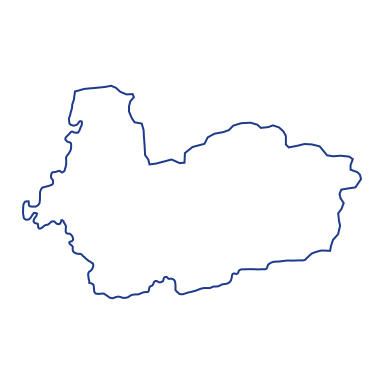 the district of Rasony, Vitebsk, Belarus
{"feature_id": "67162791B65560195088656", "entity_name": "Rasony", "entity_type": "district", "adm_level": 2, "iso_a3": "BLR", "parent_name": "Belarus", "parent_adm1": "Vitebsk", "projection": "orthographic", "projection_center": [28.698, 55.907], "detail": "fine", "context": "isolated", "style": "outline", "palette": "blue", "viewbox_px": 384, "rotation_deg": 0, "n_neighbors": 0, "source": "geoboundaries", "source_scale": "gbopen_adm2", "svg_char_len": 5099}
<svg xmlns="http://www.w3.org/2000/svg" viewBox="0 0 384 384"><path d="M330.1,250.8L331.0,245.9L333.0,239.9L338.1,234.2L340.1,225.7L339.0,221.0L338.2,213.3L341.5,208.9L343.7,203.0L340.6,198.4L339.5,194.0L341.3,189.6L347.7,188.5L355.4,187.4L361.0,179.1L359.9,174.7L357.5,172.2L350.6,169.7L350.5,165.3L352.8,159.1L349.1,156.6L340.7,155.7L333.2,156.3L327.0,155.3L323.3,150.7L319.6,146.3L311.6,144.4L304.4,144.0L297.6,145.7L288.8,147.4L285.9,144.6L285.9,136.1L283.4,131.4L279.0,127.4L273.0,125.4L268.2,127.1L260.9,127.9L257.3,124.7L250.5,122.7L241.3,123.2L233.3,125.6L228.9,130.1L223.3,132.1L214.5,133.7L207.7,137.4L204.5,143.8L192.5,147.0L184.9,153.1L184.5,162.7L179.7,163.1L171.6,159.5L164.0,161.5L156.0,163.6L149.5,164.4L148.3,159.6L145.1,155.1L144.7,147.1L143.9,136.4L143.6,130.2L141.8,123.6L134.6,122.3L131.8,118.2L129.0,111.5L129.0,106.4L130.3,101.3L133.9,97.2L132.6,94.1L126.5,94.4L120.3,91.8L115.9,87.8L111.1,85.8L104.7,87.0L96.3,87.8L84.3,88.9L75.9,91.3L75.0,91.4L73.8,100.1L73.2,101.7L72.2,104.7L72.1,107.5L71.5,109.9L70.5,113.2L70.1,115.5L68.9,118.3L69.1,120.9L69.5,123.6L70.8,124.8L73.0,125.6L74.6,125.5L76.4,124.9L77.4,124.3L78.0,123.6L78.7,122.4L79.9,121.2L80.5,121.2L81.7,121.5L81.9,122.7L81.9,124.0L81.5,125.6L80.7,127.0L80.1,128.8L79.4,130.5L78.1,132.6L76.2,132.8L73.9,132.4L72.5,131.6L71.6,131.6L70.4,132.5L69.4,133.8L68.1,135.0L67.0,136.1L65.5,137.9L65.3,139.4L67.0,141.4L68.6,142.2L70.1,142.4L71.0,143.4L71.2,145.5L71.0,148.6L70.4,150.6L69.2,152.8L68.2,154.2L66.6,156.3L66.0,157.8L66.2,160.4L66.2,163.8L66.0,165.5L65.4,167.7L64.4,171.0L62.6,172.3L61.6,172.4L60.9,171.9L60.3,171.2L59.0,170.8L57.8,171.2L56.8,171.6L55.3,172.0L54.2,172.1L52.8,172.3L52.0,172.7L51.4,173.7L51.0,176.0L51.1,177.6L51.8,178.9L52.8,179.9L53.1,181.6L53.0,183.1L52.4,184.5L50.4,185.3L47.8,186.2L45.5,186.7L43.9,187.1L42.2,187.7L41.1,189.3L40.2,191.4L40.0,193.7L40.0,195.3L39.9,200.0L39.5,203.1L38.4,204.9L35.8,206.6L33.4,206.6L31.6,206.6L29.7,206.2L28.8,204.8L28.8,202.8L28.6,201.3L26.8,201.3L25.2,201.6L23.9,203.4L23.4,204.9L23.1,208.3L23.1,211.2L23.0,213.2L23.5,216.0L23.9,218.2L25.7,219.6L27.0,219.7L28.5,219.5L29.6,219.0L30.4,218.0L31.4,216.5L32.7,214.5L33.9,212.9L35.6,213.0L37.0,213.6L36.4,215.8L34.9,217.8L34.0,219.2L33.5,221.2L34.3,222.7L35.5,223.2L36.7,223.5L37.7,223.8L38.1,225.2L38.1,226.2L38.3,227.5L39.2,228.6L40.5,228.5L41.6,227.9L42.8,227.1L43.7,226.2L45.1,225.2L46.7,224.9L48.1,224.5L49.7,223.3L51.2,221.7L52.9,221.3L54.0,221.4L55.3,222.3L56.6,223.7L58.2,224.2L59.9,223.8L60.5,222.8L61.1,221.5L61.4,220.2L62.2,220.2L63.4,221.0L63.8,222.3L64.7,223.7L65.5,225.1L65.9,226.1L65.9,227.3L65.8,228.9L65.7,230.4L65.7,231.6L66.3,233.0L67.7,233.7L69.0,233.7L69.6,233.7L70.6,234.3L71.6,235.4L72.2,236.0L72.6,237.1L73.0,238.5L73.1,239.5L72.9,240.1L72.2,240.9L71.2,241.4L70.2,241.6L69.3,242.2L69.4,243.2L70.0,244.1L71.2,245.0L72.6,246.5L72.8,247.4L72.7,248.6L72.7,249.8L73.0,251.0L73.7,252.0L75.0,252.9L77.4,253.8L78.7,253.9L80.5,253.9L81.9,254.7L83.0,256.1L84.5,257.2L85.7,258.5L87.1,259.6L88.6,260.9L90.3,261.7L91.7,262.8L92.9,263.4L93.3,265.2L93.1,266.8L92.4,268.5L91.8,269.6L90.5,270.9L89.1,271.8L88.4,273.1L88.1,274.6L88.5,277.4L88.7,279.2L89.2,280.6L89.3,282.9L90.0,282.9L92.0,283.7L93.3,284.6L93.8,286.2L93.9,288.1L94.1,289.9L94.2,291.6L95.2,293.1L96.0,293.7L99.0,293.9L100.5,293.8L102.3,293.5L103.7,293.6L104.9,294.3L106.4,295.3L107.5,296.0L108.2,296.6L109.7,297.6L111.8,298.2L112.8,298.2L114.1,297.8L115.4,297.2L116.9,296.9L118.1,296.6L120.2,296.9L121.6,297.4L122.9,297.9L124.5,297.9L125.8,297.8L128.1,297.2L129.8,296.0L130.7,295.5L131.9,294.9L134.3,294.5L136.5,294.4L137.8,294.4L139.2,294.1L140.5,293.5L141.9,292.9L143.0,292.5L144.1,292.2L145.8,292.1L147.6,292.0L148.2,291.8L148.8,290.8L149.1,288.9L149.4,287.5L149.8,286.8L150.6,286.2L151.8,285.8L152.7,285.1L153.2,284.1L153.7,282.8L154.3,281.6L155.4,281.0L156.7,281.0L157.8,281.7L158.6,282.1L159.7,282.4L160.8,282.2L163.0,281.2L163.6,279.0L164.1,277.6L164.8,277.2L166.6,276.9L167.4,277.6L168.4,278.7L169.3,278.9L170.5,278.7L171.6,278.6L173.9,279.7L174.8,280.9L175.1,282.3L175.4,284.1L175.5,286.0L175.5,288.3L175.4,289.9L176.1,290.8L176.6,291.4L178.2,292.9L179.2,293.8L180.0,294.1L181.6,294.3L183.0,294.2L184.5,293.7L186.5,293.1L187.6,292.6L189.4,292.3L192.7,291.5L194.9,290.9L197.5,290.0L199.7,289.1L201.2,288.6L203.5,288.1L205.2,288.0L208.1,288.1L209.9,288.0L211.1,287.6L212.2,287.0L213.7,286.5L216.1,286.5L217.7,286.4L219.5,285.8L220.6,285.1L221.9,284.5L223.9,284.1L225.9,283.9L227.0,283.6L228.3,283.1L229.8,282.0L230.9,280.5L231.7,277.8L231.9,276.1L232.2,274.7L232.9,273.8L234.1,273.4L235.1,273.7L236.4,274.0L237.7,273.4L238.4,272.3L238.6,271.2L239.3,270.3L240.4,269.7L241.6,269.3L244.2,269.3L248.4,269.2L253.6,269.2L258.1,269.4L262.7,269.2L265.1,269.3L266.6,268.6L267.2,267.1L268.1,264.8L269.4,263.7L271.2,262.6L273.3,261.9L275.9,261.6L279.2,261.5L285.6,260.7L288.2,260.5L293.0,260.6L298.6,260.4L302.6,260.4L304.0,260.2L305.3,259.7L306.2,258.7L307.1,257.8L308.2,256.8L309.0,256.0L310.2,254.9L312.0,253.4L313.5,252.9L314.9,252.3L316.1,251.9L319.7,250.9L321.8,250.5L324.6,250.6L330.1,250.8Z" fill="none" stroke="#1e3a8a" stroke-width="2"/></svg>